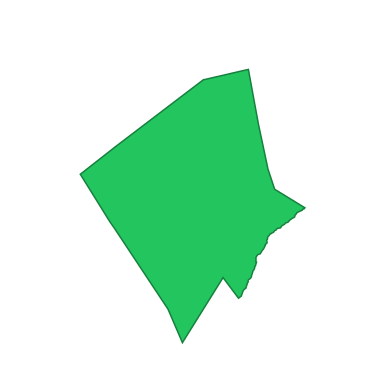 Bayan-O'ndor, Orhon, Mongolia (Natural Earth projection), rotated 301°
{"feature_id": "93677404B54522359924126", "entity_name": "Bayan-O'ndor", "entity_type": "district", "adm_level": 2, "iso_a3": "MNG", "parent_name": "Mongolia", "parent_adm1": "Orhon", "projection": "natural_earth1", "projection_center": [104.105, 49.06], "detail": "fine", "context": "isolated", "style": "filled", "palette": "green", "viewbox_px": 384, "rotation_deg": 301, "n_neighbors": 0, "source": "geoboundaries", "source_scale": "gbopen_adm2", "svg_char_len": 2520}
<svg xmlns="http://www.w3.org/2000/svg" viewBox="0 0 384 384"><g transform="rotate(301 192 192)"><path d="M319.2,170.0L294.0,143.9L192.6,103.5L149.7,87.1L124.2,136.9L120.9,144.3L79.2,231.8L57.9,261.4L134.6,262.7L124.9,286.6L126.5,287.2L126.9,287.4L127.9,287.8L128.9,287.7L133.1,286.8L133.8,286.8L135.0,286.8L136.0,287.1L136.6,287.4L137.0,287.7L137.4,287.7L137.6,287.7L138.1,287.5L138.5,287.3L139.0,287.1L139.4,287.1L140.0,287.1L140.8,286.9L141.8,286.5L142.0,286.4L142.6,286.4L143.4,286.5L143.9,286.5L144.2,286.2L144.6,285.9L144.9,285.7L145.3,285.6L145.8,285.7L146.5,285.9L147.3,286.3L148.3,286.6L148.9,286.6L149.4,286.6L150.1,286.5L150.6,286.3L151.3,286.0L151.9,285.9L152.5,285.8L153.3,285.6L154.7,285.2L155.3,285.0L156.0,285.0L156.7,285.0L157.4,285.1L158.3,285.1L159.4,284.7L160.1,284.3L160.4,284.2L160.6,284.2L160.9,284.4L161.3,284.4L161.9,284.3L163.2,283.9L163.7,283.7L164.3,283.6L164.7,283.6L165.1,283.5L165.2,283.4L165.1,283.0L165.1,282.7L165.4,282.5L165.9,282.2L166.6,282.0L167.6,281.3L168.1,280.8L168.8,280.6L169.7,280.5L170.2,280.5L171.0,280.5L172.0,280.7L172.5,280.9L173.0,281.2L173.3,281.5L173.6,281.9L173.8,282.1L174.1,282.2L174.4,282.3L174.8,282.3L175.4,282.3L175.9,282.3L176.6,282.3L177.3,282.3L178.1,282.3L178.6,282.4L179.6,282.6L180.6,282.6L181.3,282.6L182.1,282.5L182.5,282.5L183.0,282.3L183.7,282.4L184.0,282.4L184.2,282.1L184.6,282.0L185.1,281.9L185.6,282.1L186.0,282.4L186.5,282.5L186.8,282.5L187.6,282.3L188.1,281.8L188.6,281.2L189.0,281.0L189.6,280.9L190.0,281.0L190.5,281.0L190.9,280.7L191.7,280.3L192.3,280.2L192.7,280.2L193.2,280.2L193.9,280.4L195.0,280.6L196.0,280.6L196.6,280.7L196.9,281.0L197.1,281.3L197.6,281.5L198.1,281.6L198.4,281.9L198.8,282.2L199.3,282.5L200.3,282.7L200.9,282.7L201.7,282.9L202.1,283.3L202.9,283.7L204.0,283.8L204.7,283.9L205.3,284.3L205.6,285.0L206.1,285.4L206.4,285.9L206.6,286.2L207.1,286.3L208.0,286.4L208.7,286.4L208.8,286.4L209.0,286.4L209.8,286.6L210.3,287.0L211.0,287.4L211.9,287.8L212.6,288.1L213.5,288.2L213.9,288.4L214.4,288.8L215.0,289.4L215.7,289.9L216.5,290.1L217.3,290.1L218.2,290.3L219.0,290.6L220.3,291.2L220.8,291.4L221.4,291.7L221.9,292.0L222.3,292.3L223.0,292.7L223.4,292.8L223.8,292.8L224.2,292.5L224.7,292.3L225.3,292.3L225.7,292.5L226.5,292.6L227.1,292.6L227.4,292.6L228.0,292.6L228.6,292.9L229.6,293.4L231.7,294.8L232.3,295.3L233.1,295.8L234.0,295.9L234.8,296.1L234.8,296.3L235.2,296.7L235.5,296.8L236.1,296.8L236.6,296.9L236.9,261.5L250.8,245.3L284.6,213.8L326.1,177.2L319.2,170.0Z" fill="#22c55e" stroke="#15803d" stroke-width="1.5"/></g></svg>